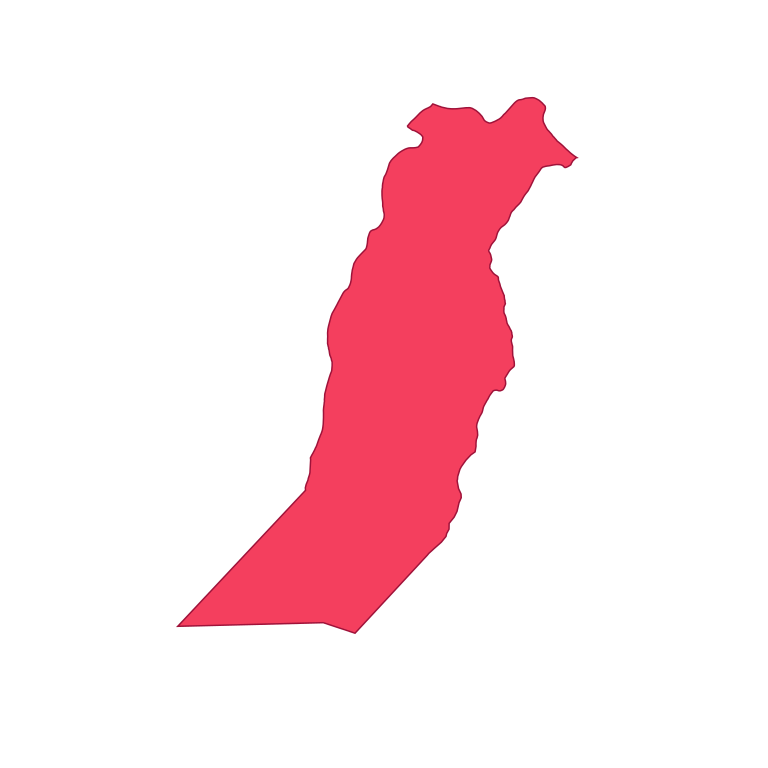 Franciou, Soufrière, Saint Lucia, rotated 219°
{"feature_id": "8701671B52742071766833", "entity_name": "Franciou", "entity_type": "district", "adm_level": 2, "iso_a3": "LCA", "parent_name": "Saint Lucia", "parent_adm1": "Soufrière", "projection": "orthographic", "projection_center": [-61.054, 13.804], "detail": "fine", "context": "isolated", "style": "filled", "palette": "rose", "viewbox_px": 768, "rotation_deg": 219, "n_neighbors": 0, "source": "geoboundaries", "source_scale": "gbopen_adm2", "svg_char_len": 6170}
<svg xmlns="http://www.w3.org/2000/svg" viewBox="0 0 768 768"><g transform="rotate(219 384 384)"><path d="M249.7,172.1L242.6,278.5L242.6,280.5L241.5,287.7L239.9,297.2L239.9,304.6L241.2,307.2L242.1,312.1L245.7,316.7L245.7,324.7L247.1,331.0L251.0,339.0L252.4,344.2L254.9,347.0L260.2,349.6L266.3,354.8L266.9,356.2L268.5,358.5L271.3,365.4L271.9,368.5L272.4,376.3L271.9,383.5L270.5,388.6L273.3,393.5L275.2,395.8L276.7,398.0L277.5,399.6L277.7,400.5L279.0,403.2L281.5,405.9L285.0,408.9L286.2,410.6L286.6,411.4L287.0,412.2L288.4,416.3L288.8,418.0L289.1,418.9L289.8,423.3L290.5,425.1L292.1,428.4L292.6,430.2L292.9,432.0L293.1,432.8L293.2,433.7L293.7,436.2L293.7,437.2L294.3,440.0L294.6,441.6L294.8,444.9L294.8,446.0L294.8,447.6L294.3,448.3L293.9,448.9L293.1,449.7L292.3,450.3L290.7,450.9L289.8,451.5L289.2,452.1L288.8,452.8L288.3,453.7L288.0,454.6L288.0,455.5L288.3,457.4L288.8,459.1L289.2,460.1L289.7,460.9L291.0,462.3L291.9,463.1L293.3,464.1L293.8,464.9L294.8,472.6L294.8,474.6L294.0,479.3L294.3,480.3L295.4,481.7L296.1,482.4L296.7,483.1L299.6,485.5L301.3,486.7L301.9,487.2L305.4,491.2L307.5,493.9L308.3,494.6L309.1,495.1L311.9,497.3L312.5,498.0L313.1,498.8L313.9,501.4L314.5,502.0L315.1,502.6L315.9,503.1L317.1,504.4L317.9,504.9L318.6,505.4L320.3,506.0L322.8,507.2L325.4,508.1L326.9,508.9L328.3,510.1L329.7,511.2L330.4,511.9L332.0,513.0L332.8,513.5L335.2,514.6L335.9,515.2L336.6,515.9L337.2,516.6L337.7,517.4L339.3,519.4L340.2,522.8L340.9,523.3L342.2,524.6L342.8,525.3L343.6,525.6L344.2,526.3L345.5,527.5L346.0,528.2L350.1,530.4L355.1,533.2L355.8,533.8L357.3,534.9L360.4,536.8L361.1,537.5L361.7,538.2L362.3,538.8L363.1,539.1L364.1,539.1L366.8,538.8L367.6,538.8L369.5,539.0L371.4,539.5L373.1,540.0L374.9,540.7L375.4,541.6L376.6,543.1L376.9,544.0L377.7,546.6L378.0,547.4L378.5,548.3L379.1,548.9L382.4,551.5L383.9,552.3L385.7,552.9L386.5,553.4L386.9,554.3L387.2,556.1L387.5,557.0L387.8,557.9L388.2,559.7L388.3,560.5L388.3,565.5L388.4,566.5L388.9,568.2L390.7,572.3L391.2,574.0L391.6,577.1L391.6,578.0L391.5,579.6L390.8,582.2L390.4,583.8L390.2,586.3L390.3,588.4L390.4,589.2L390.6,590.1L391.6,592.9L391.8,593.8L392.5,595.4L392.7,596.3L393.0,597.1L393.1,598.4L393.0,600.1L392.8,601.0L392.8,601.9L392.8,604.5L392.3,608.8L392.2,611.3L392.5,613.0L392.7,613.9L393.3,617.3L393.5,619.0L393.6,621.3L393.6,624.8L394.7,630.6L395.1,632.0L395.7,634.7L396.4,637.4L396.9,640.0L397.1,646.3L397.5,650.5L397.3,651.6L397.0,652.6L395.3,655.0L394.7,655.7L392.6,657.9L390.7,660.3L388.1,663.1L385.9,664.8L384.2,665.8L383.4,666.0L382.4,666.2L380.6,666.0L379.6,666.1L378.9,666.8L378.0,668.5L377.3,670.3L376.8,671.9L377.0,672.7L377.3,673.7L377.7,676.4L377.5,677.8L377.1,680.7L376.6,681.3L379.2,681.0L382.9,680.9L384.7,680.9L387.5,681.1L390.3,681.2L395.0,681.7L397.5,681.8L402.4,681.8L404.0,682.2L404.9,682.3L407.5,682.8L408.4,682.8L409.4,683.1L411.2,683.6L414.4,684.1L415.4,684.3L416.2,684.3L417.0,684.5L417.9,684.7L420.3,685.7L424.5,687.6L425.2,688.1L426.0,688.7L428.0,690.9L429.4,693.2L429.8,694.0L430.1,694.9L430.9,697.5L431.2,698.3L431.6,699.1L432.1,699.9L432.9,700.7L433.6,701.3L435.4,701.6L436.5,701.7L437.3,701.9L439.0,702.0L441.8,702.1L443.7,701.8L445.6,701.4L447.3,700.9L448.9,699.9L452.3,696.7L452.8,696.2L454.1,694.9L454.5,694.1L455.4,692.6L456.5,691.2L457.7,690.0L458.2,689.3L458.6,688.4L458.9,687.6L459.3,685.8L459.5,684.0L460.1,671.1L460.5,668.6L460.5,666.1L460.7,665.1L460.7,664.2L461.0,663.3L461.2,662.4L461.6,661.5L462.7,658.8L463.5,657.2L464.9,654.7L465.5,653.9L466.0,653.3L466.8,652.9L467.7,652.6L469.4,652.1L471.1,652.0L471.9,652.0L475.5,653.4L476.4,653.7L480.2,654.3L482.8,654.4L484.7,654.4L487.3,654.0L489.0,653.7L490.7,653.0L491.5,652.5L492.9,651.3L494.3,650.1L500.3,644.1L501.7,642.8L504.5,640.5L507.6,638.4L508.4,637.9L509.3,637.5L513.3,635.5L514.1,635.2L514.9,635.0L515.7,634.6L522.3,632.4L522.4,629.0L522.7,628.2L523.6,626.1L524.1,625.2L524.9,623.5L525.3,622.6L525.9,620.8L526.6,617.3L527.1,611.5L527.3,609.8L527.4,608.9L528.0,605.1L528.1,602.3L528.1,599.3L527.3,598.8L526.5,598.8L524.7,599.0L522.0,599.1L521.2,599.3L520.5,599.8L519.6,600.1L516.7,600.7L513.7,601.0L511.8,601.0L510.0,600.6L509.2,600.3L507.6,598.0L507.2,597.3L506.9,596.3L506.6,595.4L506.4,593.0L506.5,590.0L506.9,589.2L508.1,587.7L509.4,586.4L511.0,585.0L511.7,584.5L513.2,583.1L514.3,581.6L515.4,579.7L516.8,576.3L517.1,575.4L517.7,573.6L518.1,571.7L518.6,567.7L518.9,565.9L519.0,564.8L519.1,562.2L518.9,560.5L518.8,559.5L518.5,558.5L516.2,552.9L515.2,550.0L514.6,548.0L514.2,545.3L513.9,544.4L513.1,542.6L511.7,540.1L511.2,539.0L509.7,536.7L509.1,536.1L508.1,534.3L507.1,532.8L504.3,529.4L502.0,526.9L499.5,524.5L498.2,523.0L497.6,522.2L496.9,521.4L494.8,519.7L493.3,518.1L492.4,517.5L491.7,517.0L490.3,515.7L489.2,514.1L488.6,513.2L487.9,511.4L487.2,508.1L486.9,505.5L486.9,502.9L487.3,501.1L487.8,499.5L488.6,498.0L489.7,496.6L490.4,495.0L490.6,494.1L490.5,493.2L490.3,492.3L490.0,491.4L489.0,488.8L488.3,487.1L486.2,483.9L485.7,483.2L484.4,480.9L483.3,478.5L483.1,477.6L483.1,476.7L483.7,470.2L484.0,465.7L483.9,463.5L483.2,458.9L482.9,458.1L481.6,455.4L480.5,452.9L480.0,452.0L479.5,451.2L478.1,448.8L477.6,448.1L477.1,447.3L475.9,445.7L474.9,444.1L473.6,441.5L473.0,439.9L472.5,438.0L472.1,436.2L472.1,435.4L472.3,434.4L472.6,433.6L473.0,431.9L473.1,430.2L473.0,428.9L471.7,422.2L471.5,421.2L471.0,418.5L470.5,416.3L469.5,411.0L468.9,407.3L468.7,406.2L467.7,403.3L463.6,394.2L462.2,391.5L460.6,389.1L460.0,388.2L457.5,385.3L456.1,383.4L454.7,381.7L454.0,380.8L453.4,380.0L452.0,378.9L451.3,378.3L450.0,377.4L449.3,376.6L447.7,375.5L445.7,373.6L444.3,372.4L441.2,370.7L439.8,369.5L438.2,368.5L436.0,365.8L433.3,361.9L432.6,360.4L432.1,358.6L430.8,355.1L428.0,348.3L427.0,346.0L424.7,341.1L424.0,339.5L423.1,338.0L422.5,337.3L422.0,336.6L420.4,334.2L419.9,333.7L419.3,333.0L418.9,332.2L417.9,330.7L415.8,327.3L414.5,325.4L412.7,323.3L409.8,319.7L406.0,314.6L404.4,312.1L403.1,309.8L402.4,308.2L401.5,305.6L401.3,304.7L399.8,299.9L397.6,293.8L397.1,291.9L397.0,291.1L396.5,289.5L395.6,285.0L395.4,283.5L394.7,280.3L393.3,278.9L385.7,268.4L384.7,266.3L383.5,263.1L382.6,261.4L381.3,257.0L379.8,253.8L378.1,252.0L391.8,65.9L281.0,160.3L249.7,172.1Z" fill="#f43f5e" stroke="#9f1239" stroke-width="1.5"/></g></svg>